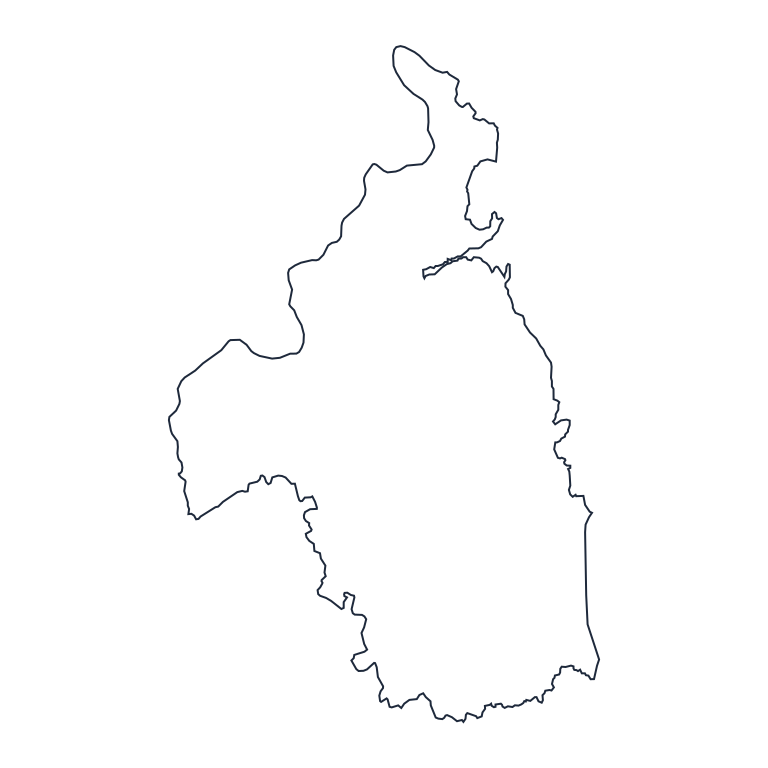 Lilala, Maseru, Lesotho
{"feature_id": "5366337B93833812873267", "entity_name": "Lilala", "entity_type": "district", "adm_level": 2, "iso_a3": "LSO", "parent_name": "Lesotho", "parent_adm1": "Maseru", "projection": "robinson", "projection_center": [27.404, -29.498], "detail": "fine", "context": "isolated", "style": "outline", "palette": "slate", "viewbox_px": 768, "rotation_deg": 0, "n_neighbors": 0, "source": "geoboundaries", "source_scale": "gbopen_adm2", "svg_char_len": 6105}
<svg xmlns="http://www.w3.org/2000/svg" viewBox="0 0 768 768"><path d="M463.4,721.9L465.5,718.8L465.9,714.8L467.3,713.1L476.1,716.2L477.3,718.1L481.7,716.4L482.5,712.4L485.1,708.8L484.9,705.9L489.7,704.9L491.1,703.7L491.7,705.8L493.9,707.2L495.5,706.8L495.5,704.5L500.9,703.7L502.1,704.9L502.5,706.5L504.7,707.9L507.9,706.3L512.5,707.0L514.9,705.3L518.5,705.6L521.3,704.4L523.3,703.0L524.3,701.1L525.8,701.5L526.3,699.9L530.3,700.9L534.9,697.1L536.5,697.1L538.5,701.3L541.7,702.7L542.9,700.2L542.5,695.2L544.5,693.2L545.3,690.7L549.5,690.0L551.5,690.5L553.9,687.4L552.0,684.0L553.1,679.2L554.5,677.8L554.9,675.5L559.1,674.5L560.1,672.6L560.3,668.8L561.7,666.7L565.6,667.0L571.0,665.6L573.5,666.4L573.5,668.4L574.3,669.9L576.5,670.1L578.0,671.1L580.1,669.7L581.8,673.3L584.9,673.3L585.9,675.2L588.4,675.6L590.6,679.2L594.0,679.1L597.0,665.8L599.1,659.5L587.6,624.4L586.2,595.3L585.1,532.2L585.6,524.6L589.0,517.2L592.0,512.8L589.7,511.7L585.1,504.9L583.4,495.9L576.2,496.2L575.6,494.8L572.7,496.8L570.2,494.4L568.9,489.9L570.3,485.6L569.7,475.5L569.3,471.5L568.1,469.0L570.3,467.9L570.3,465.7L566.7,465.5L564.4,463.7L564.1,462.2L565.4,460.2L565.0,459.1L561.7,457.7L560.0,458.4L557.9,457.8L554.2,449.4L555.3,442.4L557.0,442.4L560.0,441.0L561.3,438.6L565.0,436.6L565.2,434.4L568.0,431.6L568.0,429.9L569.7,425.1L569.7,420.6L566.6,419.6L561.0,420.4L555.2,424.3L553.0,421.5L554.8,419.4L555.7,417.0L555.7,414.3L558.3,409.8L558.3,404.9L559.3,402.2L557.3,400.6L553.6,399.2L553.5,388.9L551.9,386.5L551.9,381.0L551.0,377.8L551.6,366.7L551.0,362.6L545.9,355.4L543.4,349.4L540.3,345.8L536.2,338.5L530.0,332.5L524.6,324.4L524.2,319.3L522.8,315.9L515.5,312.9L512.8,307.8L512.8,305.0L511.0,299.0L508.1,294.1L508.1,290.1L505.4,286.7L505.5,283.3L508.8,279.6L509.9,277.3L509.7,264.7L508.1,264.0L506.5,266.5L506.1,271.4L504.8,274.1L504.4,276.9L497.8,267.0L496.3,266.6L494.5,268.1L493.2,271.3L492.0,272.2L489.2,266.2L486.5,263.2L482.7,261.1L481.1,258.7L479.1,257.7L473.8,257.2L471.3,260.4L467.7,259.6L466.2,257.2L463.1,257.2L461.5,258.5L458.4,258.7L457.5,260.6L452.6,261.3L450.5,263.2L446.8,264.1L441.9,267.5L434.7,274.3L429.3,274.5L425.6,276.0L424.4,278.3L423.5,276.4L423.1,269.8L426.2,269.2L430.2,267.0L433.8,268.1L435.6,266.0L437.8,266.0L442.9,264.3L444.9,262.0L447.7,261.9L447.7,258.9L451.2,260.2L451.6,258.5L453.9,258.5L457.7,256.4L460.6,256.4L467.7,250.6L469.3,248.5L478.4,248.3L481.1,247.2L486.3,241.6L492.0,238.9L492.7,236.5L497.8,231.2L499.8,225.4L503.0,219.9L501.5,218.1L498.5,219.2L496.9,218.0L496.1,213.3L494.5,212.0L492.0,214.1L492.1,218.4L490.3,221.2L490.2,226.3L488.9,227.6L486.7,227.6L483.1,229.3L479.5,229.7L475.7,228.0L471.5,223.9L470.0,219.7L465.7,219.2L465.1,216.0L467.0,211.1L467.5,206.2L469.3,204.3L468.2,193.2L467.1,191.5L467.5,189.8L466.4,187.5L472.2,171.2L474.2,168.5L474.4,166.5L477.3,165.7L480.4,161.4L487.5,159.4L496.0,161.6L497.2,147.6L496.9,142.7L497.8,139.7L498.1,133.5L497.0,129.6L497.5,127.9L494.9,125.6L493.7,123.3L489.1,123.4L484.4,119.5L482.8,119.1L479.8,120.4L473.8,118.2L473.3,116.4L475.6,113.2L475.5,111.8L471.6,107.8L469.1,103.5L466.9,103.6L462.8,107.0L461.8,106.9L459.2,105.4L455.6,101.2L455.3,98.5L457.0,94.4L456.1,89.1L458.8,81.3L457.9,79.7L449.3,74.5L447.1,71.9L442.6,72.7L435.2,70.0L428.9,65.5L419.4,55.7L414.5,52.1L404.7,47.1L400.5,46.1L396.3,47.1L394.2,49.8L393.1,55.5L393.6,65.9L396.2,72.3L404.1,85.2L413.5,93.9L422.5,99.6L425.0,102.0L427.5,106.2L428.1,108.4L428.5,122.2L427.8,130.0L432.6,139.9L434.2,145.8L434.1,147.6L430.8,154.4L425.7,161.4L422.0,164.2L406.9,165.6L399.8,170.1L395.8,171.5L387.5,172.4L383.7,170.7L376.4,164.7L374.3,164.0L372.7,164.4L365.7,174.4L364.2,177.8L364.0,180.8L365.5,189.4L365.0,194.7L359.1,205.6L344.0,218.9L342.1,222.6L341.5,225.8L341.1,236.3L339.2,239.6L336.8,241.8L331.9,242.9L328.1,245.5L323.4,254.8L318.6,259.6L316.2,260.3L312.1,260.1L301.0,262.7L295.1,265.4L289.2,269.4L288.1,272.9L288.7,280.3L292.1,289.6L289.2,304.3L290.3,306.3L294.2,310.3L296.8,317.0L301.5,325.1L303.9,334.4L303.5,342.6L301.7,347.7L299.1,352.0L296.4,353.6L290.1,353.7L279.9,357.8L272.1,358.6L259.5,355.9L253.9,353.1L251.3,351.1L246.6,344.8L239.8,339.8L230.4,340.1L228.6,341.3L221.3,350.2L202.9,363.4L195.2,370.6L184.7,377.5L181.3,381.2L177.7,388.9L179.9,401.1L179.4,403.9L176.1,410.6L169.4,416.9L168.9,420.1L170.9,430.6L172.1,433.9L177.4,441.2L177.9,447.0L177.4,453.4L178.1,457.3L178.8,459.4L181.5,462.5L182.4,467.5L181.8,471.4L180.1,473.4L178.8,473.6L178.8,474.8L180.9,477.3L185.1,480.3L185.6,481.7L184.2,491.1L187.8,502.3L187.8,505.7L189.1,509.0L188.4,514.1L191.4,513.8L194.1,515.6L196.1,519.3L198.5,518.9L200.6,516.5L215.4,507.2L218.2,506.6L222.9,501.9L237.3,492.1L242.3,490.9L245.0,491.7L247.7,491.3L248.6,484.8L249.5,483.6L257.3,481.7L259.7,479.4L260.8,475.8L262.4,475.5L264.5,477.1L266.2,482.0L268.3,484.2L270.6,483.0L272.3,477.4L278.2,475.6L282.0,476.0L285.6,477.5L291.4,483.8L294.9,483.7L297.9,496.1L299.3,500.2L300.5,501.2L302.2,501.0L304.8,497.6L310.7,497.3L312.3,496.4L315.1,501.9L316.9,507.6L316.8,508.9L310.1,509.2L305.0,512.1L303.9,515.3L304.1,518.2L305.9,521.0L309.2,523.1L309.0,525.5L311.6,529.5L311.1,530.9L305.8,533.8L306.5,537.2L309.3,540.9L313.8,543.9L314.4,551.0L320.0,553.2L320.9,558.6L325.4,565.6L324.5,572.5L325.7,576.2L321.7,580.0L321.5,581.1L322.5,582.8L322.2,583.7L320.2,587.3L317.6,590.1L318.2,594.1L320.1,595.8L326.0,597.9L331.1,600.9L341.4,609.0L343.7,607.9L343.7,602.1L347.0,597.4L344.4,596.1L344.1,594.2L344.6,592.9L347.3,592.7L350.9,595.0L354.0,595.7L354.4,597.4L351.6,609.2L352.8,613.2L354.7,614.6L362.0,614.9L364.4,616.4L366.2,619.2L364.1,627.4L361.5,633.0L364.2,644.0L367.1,649.6L364.5,651.7L354.3,654.9L353.7,658.2L351.4,660.5L356.3,669.1L358.6,671.0L363.5,670.8L367.0,669.4L374.1,662.9L375.1,663.1L376.7,667.2L377.9,677.0L383.1,686.3L383.0,688.1L380.6,691.3L379.3,695.6L380.1,701.1L381.1,701.9L386.6,698.4L387.6,699.4L389.6,706.8L391.7,707.4L398.2,705.4L401.3,708.0L404.2,703.7L409.4,699.9L416.8,699.1L419.4,695.0L423.2,693.3L425.8,697.1L430.5,701.3L430.8,705.4L435.7,717.5L438.3,718.6L442.3,719.1L444.2,717.8L445.5,715.6L447.1,715.1L451.9,717.2L457.0,721.2L461.9,720.0L463.4,721.9Z" fill="none" stroke="#1e293b" stroke-width="2"/></svg>